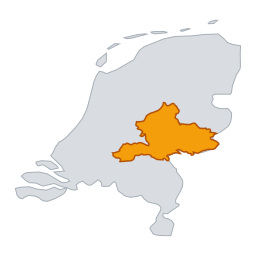 Netherlands, with Gelderland highlighted
{"feature_id": "NLD-896", "entity_name": "Gelderland", "entity_type": "Province", "adm_level": 1, "iso_a3": "NLD", "parent_name": "Netherlands", "parent_adm1": "", "projection": "natural_earth1", "projection_center": [5.899, 52.128], "detail": "fine", "context": "in_parent", "style": "filled", "palette": "amber", "viewbox_px": 256, "rotation_deg": 0, "n_neighbors": 0, "source": "natural_earth", "source_scale": "10m", "svg_char_len": 6292}
<svg xmlns="http://www.w3.org/2000/svg" viewBox="0 0 256 256"><path d="M170.8,235.7L164.8,235.6L159.2,235.4L156.3,235.0L153.1,233.9L151.7,231.5L149.9,228.7L150.4,227.0L155.6,222.0L156.4,220.7L155.9,219.9L156.4,217.8L160.5,210.4L161.0,207.4L159.2,205.4L156.6,204.1L148.1,202.0L144.1,198.9L142.3,196.2L140.4,195.4L137.6,196.3L130.6,197.3L124.9,195.9L118.2,190.8L116.7,186.3L115.9,182.8L114.2,181.6L112.0,183.4L109.1,186.2L103.4,186.5L101.8,185.9L101.6,184.3L101.3,182.8L99.7,181.0L98.0,179.9L90.9,185.1L88.2,185.1L84.9,183.1L83.2,181.2L79.5,182.3L76.2,184.7L77.3,189.3L75.5,190.1L71.5,189.7L66.9,187.8L61.8,186.7L54.0,183.5L43.1,186.1L35.6,183.0L29.3,182.7L25.5,180.3L21.3,176.2L24.3,173.5L27.2,172.6L38.7,172.0L47.0,173.7L61.9,182.6L65.7,182.5L69.7,181.4L67.7,179.0L64.0,177.8L58.4,175.4L54.0,172.0L64.5,171.0L63.0,169.2L61.7,166.3L50.8,155.9L52.7,153.1L55.5,147.1L59.0,142.1L61.7,140.8L66.3,137.3L76.1,126.9L82.4,118.5L87.1,108.5L94.1,81.1L96.1,76.4L99.4,71.2L103.5,72.2L106.3,73.7L116.5,69.8L133.8,59.7L138.9,50.9L143.9,46.8L163.7,38.9L174.7,36.5L191.6,35.9L203.8,34.5L218.4,34.0L224.1,38.9L227.3,42.5L232.5,44.4L240.6,45.8L240.2,52.9L240.4,66.9L239.8,69.4L236.2,75.3L232.4,85.9L231.4,92.9L230.2,94.2L214.8,94.2L212.6,95.4L212.3,96.9L213.1,98.7L212.7,100.5L211.5,102.0L212.2,104.3L214.8,106.9L219.7,108.5L225.0,108.7L227.7,108.4L229.6,110.3L231.6,113.2L231.5,116.8L230.7,121.7L228.3,126.3L221.2,131.5L218.0,133.3L215.0,134.3L213.5,135.7L212.9,137.4L213.0,139.0L218.1,143.2L218.0,144.1L216.6,146.3L214.6,148.4L201.5,152.7L196.1,152.3L193.0,154.4L192.0,154.9L188.6,152.9L180.9,150.6L178.0,151.4L176.4,152.7L171.6,154.2L168.1,156.5L168.1,159.5L174.2,167.4L176.4,168.9L176.5,171.8L179.5,175.5L182.5,180.1L182.8,183.0L182.5,186.0L180.9,190.2L175.6,200.0L175.6,201.9L176.0,203.3L177.8,203.7L179.2,204.5L178.8,205.8L168.9,212.6L167.6,213.8L163.4,213.5L162.8,214.6L163.3,216.5L165.0,218.1L168.5,218.9L171.6,220.7L174.0,224.1L170.8,235.7ZM66.9,187.8L66.0,190.6L63.7,193.8L55.8,198.3L47.7,201.3L43.5,200.9L40.6,199.3L39.1,197.7L34.8,196.1L28.8,195.3L25.1,197.0L22.4,198.7L20.1,198.4L18.4,197.0L17.0,195.0L15.4,188.5L19.8,187.3L29.5,186.8L36.9,189.1L46.7,190.2L54.2,187.1L60.1,189.7L66.9,187.8ZM50.8,161.3L56.5,165.4L57.7,166.7L58.2,168.1L50.9,169.7L43.2,164.7L38.0,165.9L36.1,163.5L36.1,162.0L41.5,160.7L50.8,161.3ZM106.3,61.6L100.5,66.9L97.0,65.4L96.0,64.2L97.8,60.0L106.4,53.2L106.3,61.6ZM131.9,38.1L126.5,38.7L124.1,37.7L137.1,34.7L145.4,33.8L146.9,34.2L131.9,38.1ZM167.0,32.7L155.5,33.9L151.7,33.0L151.0,32.1L154.1,31.6L163.9,31.5L166.9,32.2L167.0,32.7ZM119.3,43.9L108.5,49.4L107.6,48.5L114.6,43.7L119.3,43.9ZM213.7,23.5L208.3,23.7L209.8,21.7L214.8,20.3L217.5,20.3L213.7,23.5ZM190.4,28.8L182.3,31.3L180.3,30.8L180.8,30.1L188.0,28.5L190.4,28.8Z" fill="#d9dde1" stroke="#a8b0b8" stroke-width="1"/><path d="M216.3,133.5L216.0,133.6L215.0,134.0L214.0,134.8L213.7,135.2L213.3,136.2L212.8,136.6L212.1,136.9L211.5,137.0L210.9,137.2L210.5,137.9L210.7,139.1L211.6,139.6L212.9,139.9L216.7,141.6L218.2,142.9L218.5,143.2L218.7,143.7L218.6,144.7L218.3,144.9L217.9,144.9L217.4,145.4L216.1,147.3L214.7,148.6L213.1,149.3L208.0,149.4L202.1,151.0L199.2,152.7L198.3,153.1L197.1,153.1L193.3,152.2L193.8,153.9L193.6,154.6L191.4,155.1L191.2,154.0L190.2,153.5L188.0,153.2L187.7,153.0L187.1,152.1L186.7,151.7L186.2,151.7L184.3,152.0L182.4,151.4L180.5,150.1L178.6,149.4L176.6,150.3L177.3,150.7L179.5,152.6L180.3,153.5L179.4,153.4L178.0,153.1L176.1,152.7L173.7,153.2L172.8,153.5L171.6,154.3L170.5,154.6L168.1,155.0L167.1,155.5L166.9,156.2L168.3,157.0L169.0,158.5L168.9,160.0L168.0,160.7L167.9,160.8L167.7,160.8L166.2,160.0L166.0,159.8L165.0,158.7L164.7,158.4L164.2,158.4L163.7,158.5L163.1,158.7L163.1,159.8L157.1,159.5L153.0,157.3L151.8,157.0L151.3,156.7L150.6,155.2L150.2,154.9L147.6,154.5L143.9,154.9L143.0,154.7L141.9,154.1L140.7,154.4L139.6,155.1L138.4,155.5L136.0,155.3L134.9,155.8L134.4,157.3L134.0,158.6L133.3,159.5L132.3,160.2L131.1,160.7L120.4,161.6L119.9,161.5L120.5,160.2L120.5,159.0L118.4,157.8L117.7,158.0L116.3,158.0L114.1,156.6L113.2,155.8L113.1,155.2L113.1,154.8L113.0,154.1L113.1,153.5L113.2,153.3L112.8,152.9L114.5,152.8L119.0,151.3L119.6,151.0L119.6,150.8L119.7,150.6L119.5,150.3L119.4,149.8L121.5,146.9L121.8,146.6L123.3,144.2L124.1,144.3L125.5,144.1L126.6,143.4L127.5,143.3L130.7,144.7L132.0,144.5L133.7,143.4L135.0,143.2L136.5,143.6L137.2,143.6L137.7,143.4L138.9,142.8L139.6,142.6L142.1,143.0L146.7,145.2L148.6,145.6L148.8,145.2L148.9,144.0L148.8,143.7L148.7,143.4L148.4,143.0L148.0,142.3L146.8,141.3L146.1,140.3L145.6,138.0L145.7,136.2L145.5,135.8L145.5,135.3L145.0,133.8L144.0,134.0L144.3,134.6L144.2,134.9L144.2,135.2L143.9,135.5L143.7,135.7L143.5,135.9L143.2,135.9L142.4,136.3L141.9,136.5L140.2,135.8L140.1,135.7L140.5,135.2L140.8,135.0L140.9,134.7L141.3,133.9L141.7,133.1L142.4,133.2L142.3,132.7L142.3,132.2L142.6,131.7L142.5,131.3L142.0,130.9L141.5,130.7L141.3,130.5L140.8,129.9L140.4,129.6L139.2,129.4L137.8,129.0L137.4,128.5L137.5,128.4L138.0,128.0L138.2,127.7L138.3,127.0L136.2,125.6L135.9,125.2L136.0,124.4L136.2,123.1L136.6,121.7L137.6,121.9L141.7,121.5L143.8,120.9L144.9,119.3L145.6,117.7L146.5,115.8L147.8,114.9L149.4,113.8L150.9,113.1L153.0,112.5L155.5,111.5L157.7,110.7L159.2,109.7L160.3,108.7L161.7,107.0L162.7,105.7L163.3,103.8L163.4,102.6L164.2,102.6L164.8,102.7L165.5,103.6L166.7,105.4L167.1,105.7L167.6,105.8L169.3,105.4L171.2,104.1L172.9,103.4L173.6,103.6L174.0,103.8L174.4,104.3L174.8,105.0L175.9,105.9L176.3,106.2L176.7,106.6L177.2,107.8L177.7,108.7L178.9,110.1L179.0,110.3L179.1,110.5L179.0,111.4L178.1,113.2L176.2,113.7L176.0,113.8L175.9,113.9L176.2,114.4L176.2,114.7L175.7,115.4L175.2,117.0L175.1,117.6L175.3,117.8L175.9,118.5L176.2,118.8L177.4,119.2L178.4,121.4L178.4,122.0L178.4,122.5L178.6,122.6L179.3,122.9L179.6,123.0L179.7,123.4L179.4,123.9L179.4,124.0L179.5,124.2L179.7,124.4L180.2,124.8L180.4,124.8L180.5,124.8L180.9,124.3L181.5,123.9L182.2,123.9L186.3,124.5L190.0,124.5L190.6,124.3L191.4,123.8L193.4,123.2L195.2,123.4L195.5,123.8L198.4,127.1L200.1,128.4L201.5,128.3L203.8,128.5L205.4,128.2L205.8,128.2L206.1,128.3L206.3,128.7L206.3,129.0L206.6,129.3L206.8,129.4L208.9,129.0L209.4,129.1L209.9,129.3L210.1,129.4L210.3,129.6L210.4,129.9L210.5,130.6L210.4,131.0L209.9,132.1L215.6,133.1L216.3,133.5L216.3,133.5Z" fill="#f59e0b" stroke="#b45309" stroke-width="1.5"/></svg>